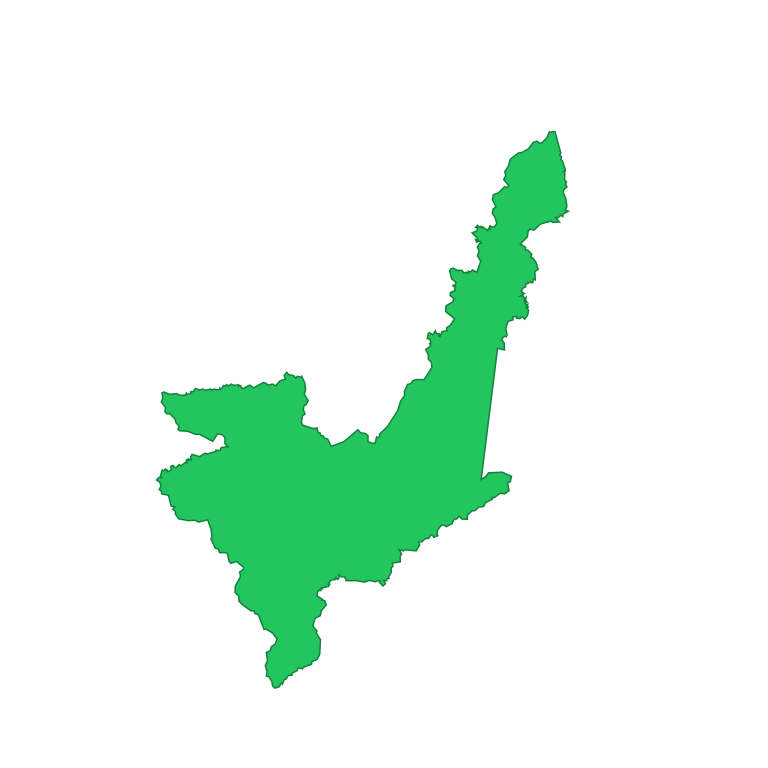 outline of Yolombó, Antioquia, Colombia, rotated 310°
{"feature_id": "7082276B53118394931", "entity_name": "Yolombó", "entity_type": "district", "adm_level": 2, "iso_a3": "COL", "parent_name": "Colombia", "parent_adm1": "Antioquia", "projection": "natural_earth1", "projection_center": [-74.913, 6.668], "detail": "fine", "context": "isolated", "style": "filled", "palette": "green", "viewbox_px": 768, "rotation_deg": 310, "n_neighbors": 0, "source": "geoboundaries", "source_scale": "gbopen_adm2", "svg_char_len": 6157}
<svg xmlns="http://www.w3.org/2000/svg" viewBox="0 0 768 768"><g transform="rotate(310 384 384)"><path d="M395.2,541.0L392.4,531.2L383.2,521.2L378.1,521.4L373.3,519.8L484.4,448.0L487.5,454.4L492.4,450.0L493.9,445.4L497.7,445.3L498.7,447.4L500.7,446.8L504.9,441.5L511.7,438.8L516.1,441.6L518.1,439.5L521.1,442.3L519.7,443.2L521.4,446.1L524.3,446.5L524.1,450.2L529.0,449.8L533.5,447.2L533.9,445.1L535.5,445.1L536.1,444.0L534.8,443.5L537.4,442.9L536.3,441.4L537.6,438.5L538.7,440.9L539.1,438.7L541.7,437.1L539.1,436.8L541.0,434.4L538.9,431.9L543.5,433.3L543.1,429.6L547.2,428.8L549.5,430.1L551.4,428.3L553.7,429.7L554.3,428.6L557.1,432.7L560.3,431.1L561.0,433.0L567.0,427.4L571.1,428.3L574.9,422.2L576.2,417.4L575.5,414.8L578.2,414.0L579.1,408.0L577.4,406.4L579.7,404.6L578.8,398.4L588.8,399.3L593.5,396.3L596.4,396.3L598.4,400.1L606.8,401.0L611.1,403.6L616.3,407.5L616.1,409.2L620.9,414.3L621.8,408.3L623.4,410.4L627.1,411.1L627.1,413.3L629.1,412.0L634.9,414.2L633.8,411.2L637.4,410.1L642.8,404.3L646.1,397.9L648.5,396.8L652.6,397.5L653.7,394.7L656.1,393.9L656.6,391.0L661.9,386.9L662.1,385.2L663.6,386.0L665.1,384.6L669.5,377.5L669.7,375.0L672.2,374.0L672.2,371.3L674.5,371.1L687.2,352.8L683.2,348.7L677.7,350.5L670.4,350.0L668.5,348.6L668.4,345.2L665.2,343.0L657.1,343.5L649.5,340.7L647.5,338.5L637.3,336.3L630.6,339.3L624.3,340.0L621.8,343.3L617.6,344.2L616.1,352.3L613.7,352.1L612.4,349.5L604.0,348.8L599.2,346.1L595.1,348.4L591.6,355.9L588.2,355.1L584.4,357.2L583.0,362.0L579.4,367.3L575.8,367.6L573.9,366.2L573.5,363.7L571.4,363.9L570.7,365.7L569.8,364.3L568.2,364.8L567.8,358.2L566.5,358.5L566.7,356.5L565.2,355.5L565.8,353.7L562.8,353.5L563.8,355.5L560.8,356.7L556.4,354.3L555.7,362.1L554.3,363.5L553.6,361.2L552.2,363.8L555.0,365.4L554.6,368.0L553.2,366.9L548.9,367.4L547.1,371.4L542.3,373.1L540.1,379.3L529.3,383.2L528.2,378.4L525.4,378.3L524.6,376.0L522.5,377.1L522.4,375.2L520.3,373.6L521.3,370.9L518.0,366.8L517.3,362.7L515.1,361.1L512.9,361.5L508.1,368.1L508.1,373.9L505.3,374.8L503.9,373.4L503.3,374.5L504.7,376.1L502.4,376.8L501.8,378.5L496.6,376.1L494.3,377.9L494.3,382.7L491.2,383.9L483.6,381.3L479.1,384.7L479.3,396.1L471.9,397.0L467.1,395.8L465.3,398.0L461.5,394.8L456.4,396.3L455.7,395.4L457.8,394.1L456.4,392.0L457.7,389.0L453.2,389.9L452.4,385.7L450.9,385.5L446.7,387.8L447.6,390.5L445.8,393.6L444.4,392.9L443.6,394.8L441.6,395.1L437.2,393.7L434.6,399.6L431.4,402.0L431.2,406.1L427.4,410.1L413.1,411.9L407.9,405.6L404.9,404.0L401.7,404.5L398.8,402.3L391.6,404.3L388.3,407.2L381.6,407.7L372.2,411.6L353.6,414.0L342.6,412.8L341.7,414.3L339.2,413.9L338.6,412.4L332.9,415.2L330.8,413.0L329.7,408.6L334.2,404.9L334.1,401.5L331.5,397.4L332.3,393.4L314.5,390.5L302.3,383.7L305.6,376.4L304.3,372.7L305.1,370.8L304.0,368.7L305.4,366.5L304.5,364.7L307.3,360.8L304.6,358.9L300.3,348.5L301.2,345.6L307.0,342.1L310.3,342.8L312.6,338.6L316.1,336.6L317.6,337.6L322.5,336.7L325.0,329.4L328.8,328.0L333.9,322.7L337.0,316.0L335.9,316.1L334.3,312.8L331.8,312.5L332.4,309.4L329.9,305.0L330.5,302.0L326.4,302.0L324.2,305.5L319.8,302.3L312.9,302.1L312.4,298.8L308.3,295.7L308.8,293.4L307.4,290.5L297.3,286.6L296.8,281.8L290.0,279.1L289.5,277.3L290.6,275.3L289.0,274.2L290.0,273.2L286.6,270.1L285.5,266.7L282.7,266.3L282.3,263.7L280.5,264.1L279.7,262.1L275.7,262.5L275.4,260.9L274.6,261.9L272.8,260.6L270.8,257.0L268.6,256.0L268.8,254.5L264.2,251.1L263.6,248.3L260.9,246.8L259.3,242.3L255.6,242.8L253.9,240.9L252.9,242.1L249.0,239.5L249.7,238.5L247.5,238.9L244.1,234.8L243.5,231.6L238.4,226.5L236.2,220.3L234.5,219.6L231.3,223.4L226.9,225.2L225.7,231.7L221.8,234.1L221.7,237.2L223.5,238.6L222.9,245.9L220.5,250.0L219.9,254.4L217.0,255.1L216.6,257.2L221.4,263.7L224.6,272.6L226.7,274.4L230.0,289.7L238.7,288.5L241.4,292.9L240.5,296.8L236.0,300.5L235.7,304.8L230.7,300.1L227.5,301.2L225.4,297.7L224.2,298.5L216.5,293.4L216.0,291.4L209.8,289.4L206.7,282.2L203.8,282.8L202.1,285.3L201.0,282.7L199.6,283.2L199.9,281.8L198.3,281.7L196.9,283.6L196.2,282.2L190.9,281.2L190.6,278.8L186.2,278.5L185.4,275.7L186.2,275.1L184.9,273.9L183.3,273.8L182.1,276.2L178.5,275.4L177.6,274.2L178.8,273.7L178.5,271.4L175.7,270.8L175.6,269.4L169.9,271.8L169.2,273.7L167.8,271.6L164.2,271.4L164.7,275.0L162.8,278.6L158.6,279.7L158.7,282.4L157.0,284.4L160.2,290.4L153.7,299.2L155.3,302.8L152.2,302.7L152.4,306.0L150.2,307.9L148.8,313.5L153.5,321.8L158.1,326.7L159.1,330.8L166.7,336.3L161.3,345.2L155.9,350.9L154.3,350.7L149.7,360.2L151.1,363.4L149.1,366.5L153.4,371.5L152.9,373.9L148.5,379.4L148.1,381.9L153.2,385.0L153.3,394.2L151.4,395.4L147.2,394.2L144.3,397.9L133.8,399.9L128.4,404.0L128.3,408.9L124.4,412.5L123.9,417.2L124.7,427.8L126.7,430.3L125.1,432.7L126.6,435.8L118.9,449.8L120.6,451.9L121.6,458.8L119.9,466.1L114.7,467.8L110.3,466.6L106.4,468.3L102.8,466.4L97.2,472.6L92.1,474.0L88.4,479.4L84.7,481.7L85.8,484.0L84.0,489.3L81.1,492.8L80.8,495.8L84.3,498.2L88.6,497.8L88.8,499.1L93.5,497.5L94.6,498.6L99.6,498.2L101.7,500.7L103.5,499.5L108.4,501.6L111.4,500.9L113.4,504.6L115.1,504.2L122.6,508.6L124.8,507.2L130.0,509.8L135.5,508.6L147.3,499.7L149.7,492.1L151.8,491.4L152.7,485.7L154.5,484.3L160.4,481.8L165.6,484.1L170.2,481.7L177.7,481.8L179.9,477.9L178.5,475.2L179.4,475.4L178.7,468.7L183.2,466.4L185.0,468.2L185.3,467.0L187.4,468.4L187.7,467.3L193.2,471.6L195.8,471.1L195.1,469.7L199.5,469.4L202.8,472.2L204.6,471.4L204.3,473.8L205.9,474.5L209.0,472.1L208.8,475.4L211.0,477.6L209.0,481.5L215.9,489.6L219.7,496.5L224.0,498.9L227.0,504.6L229.9,505.9L230.6,507.6L229.2,507.7L228.6,513.0L231.9,513.5L233.6,510.3L235.1,512.5L236.8,511.6L238.4,512.8L239.2,511.5L244.5,510.6L247.6,507.8L250.3,508.0L252.1,505.5L258.3,510.8L262.4,507.1L265.1,506.6L266.9,501.8L268.6,506.1L270.6,506.7L276.8,515.9L283.6,514.8L285.3,512.0L287.2,514.2L292.4,515.2L294.3,517.5L298.5,517.0L299.4,518.0L298.6,520.7L302.4,522.7L303.8,520.4L307.1,518.9L311.8,518.7L314.4,520.1L314.9,523.5L320.7,525.9L325.5,524.6L327.4,526.5L330.9,526.4L330.7,530.6L333.9,534.8L337.2,532.2L343.2,532.9L345.5,535.1L350.8,535.8L354.1,539.1L358.5,538.0L365.2,541.0L366.8,539.9L367.6,541.4L374.8,543.2L377.5,547.0L382.6,548.4L387.7,542.3L390.3,543.6L395.2,541.0Z" fill="#22c55e" stroke="#15803d" stroke-width="1.5"/></g></svg>